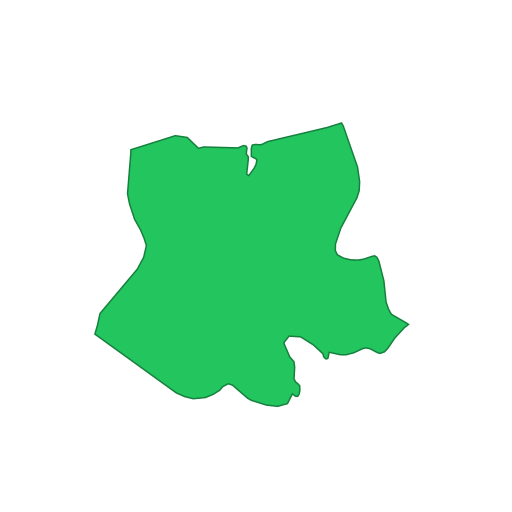 map outline of Quảng Trị (orthographic projection), rotated 306°
{"feature_id": "VNM-489", "entity_name": "Quảng Trị", "entity_type": "Province", "adm_level": 1, "iso_a3": "VNM", "parent_name": "Vietnam", "parent_adm1": "", "projection": "orthographic", "projection_center": [106.962, 16.727], "detail": "fine", "context": "isolated", "style": "filled", "palette": "green", "viewbox_px": 512, "rotation_deg": 306, "n_neighbors": 0, "source": "natural_earth", "source_scale": "10m", "svg_char_len": 1571}
<svg xmlns="http://www.w3.org/2000/svg" viewBox="0 0 512 512"><g transform="rotate(306 256 256)"><path d="M155.1,368.2L147.1,361.9L141.5,352.0L136.5,337.1L136.0,332.9L137.7,312.7L136.2,308.5L130.7,305.9L125.9,305.5L118.6,302.5L111.8,298.3L103.7,289.2L100.4,281.2L98.4,272.0L98.1,171.6L106.9,168.4L117.8,163.6L175.6,167.7L188.9,165.9L200.0,161.2L204.6,155.0L209.3,147.2L214.3,136.3L223.7,123.2L230.8,115.5L266.2,93.9L268.4,92.3L305.9,120.0L311.5,130.7L309.3,146.2L313.4,149.5L332.8,177.8L337.9,180.9L339.1,183.5L337.9,185.4L335.4,186.6L332.8,188.3L331.7,191.5L329.6,193.0L316.8,200.3L316.8,202.9L325.9,202.9L330.1,202.2L334.2,200.3L334.6,198.6L334.1,196.0L333.9,193.6L340.4,188.9L343.6,187.8L346.1,190.2L348.2,193.7L350.1,195.4L355.4,198.2L402.0,238.2L413.9,247.0L412.3,250.4L387.6,285.9L377.1,296.1L369.5,301.1L362.6,303.4L328.5,308.2L312.5,313.2L307.1,316.9L304.8,321.1L305.7,328.1L308.7,335.1L312.8,341.1L316.9,345.1L323.8,350.0L325.9,351.9L326.0,354.6L324.1,358.4L311.1,374.0L295.2,388.3L290.7,394.8L288.4,399.8L290.2,417.2L290.3,419.6L285.1,418.1L271.0,416.5L258.7,416.9L254.0,416.3L250.1,413.6L249.2,411.1L248.0,402.6L246.3,399.0L244.0,396.9L235.2,392.0L228.9,386.8L225.6,382.1L221.2,371.9L220.0,372.2L217.7,373.4L215.3,374.3L213.9,373.2L213.9,371.1L214.7,369.4L215.8,368.2L216.3,367.2L217.8,354.7L216.8,339.6L210.6,329.8L202.0,329.5L194.2,342.6L192.8,348.8L188.7,352.7L179.0,358.9L177.4,362.0L177.3,364.9L176.6,367.8L176.2,368.0L172.9,370.6L169.4,372.1L166.9,372.2L165.8,370.5L165.8,366.5L155.1,368.2Z" fill="#22c55e" stroke="#15803d" stroke-width="1.5"/></g></svg>